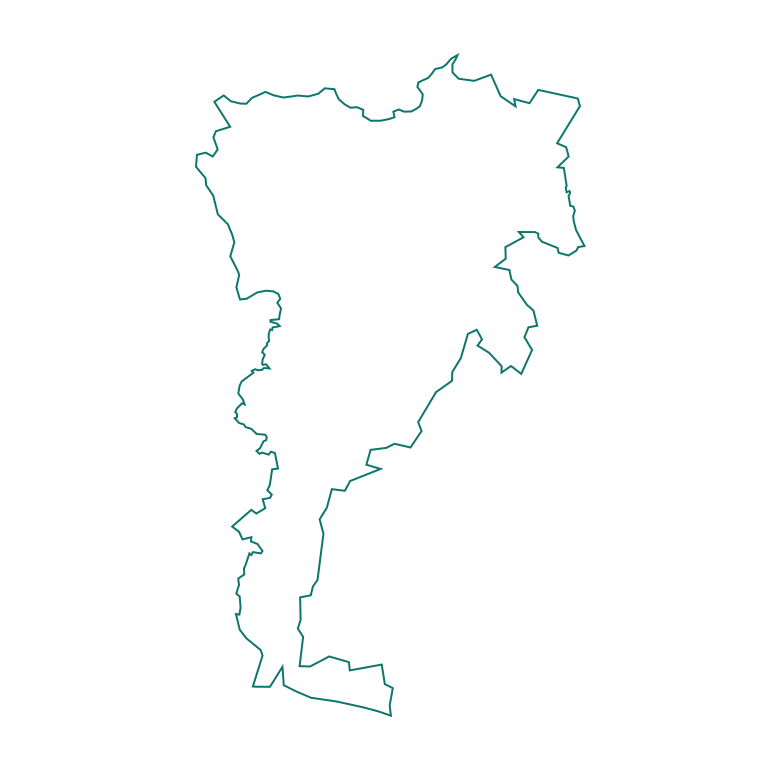 Kokkina, Nicosia, Cyprus, rotated 2°
{"feature_id": "46923920B39759064245656", "entity_name": "Kokkina", "entity_type": "district", "adm_level": 2, "iso_a3": "CYP", "parent_name": "Cyprus", "parent_adm1": "Nicosia", "projection": "mercator", "projection_center": [32.601, 35.162], "detail": "fine", "context": "isolated", "style": "outline", "palette": "teal", "viewbox_px": 768, "rotation_deg": 2, "n_neighbors": 0, "source": "geoboundaries", "source_scale": "gbopen_adm2", "svg_char_len": 3467}
<svg xmlns="http://www.w3.org/2000/svg" viewBox="0 0 768 768"><g transform="rotate(2 384 384)"><path d="M266.8,691.0L280.6,690.6L292.4,670.2L292.7,672.8L294.3,688.5L306.7,694.2L321.9,700.1L347.2,702.9L361.2,705.4L375.6,708.1L390.2,711.5L402.5,715.3L400.9,705.1L403.4,687.6L395.3,683.9L391.5,664.5L359.8,671.4L358.6,663.2L338.7,658.2L320.0,668.9L309.5,668.9L312.0,639.5L306.4,631.4L308.9,622.7L307.6,600.2L318.2,597.7L320.0,588.9L324.4,582.1L328.7,535.8L324.4,521.5L331.2,509.6L335.6,490.9L348.6,492.1L353.6,482.1L383.5,469.0L369.2,465.3L372.9,450.3L388.4,447.8L396.5,443.4L412.7,446.5L423.2,429.7L419.5,420.9L436.3,390.3L451.8,378.5L451.8,369.7L459.9,355.4L466.1,331.0L474.8,326.6L480.4,336.0L476.1,342.3L487.9,349.1L501.0,362.2L501.0,368.5L510.3,361.6L520.8,369.1L530.8,344.8L522.7,332.3L526.4,322.3L535.1,320.4L530.8,305.4L524.0,299.8L514.9,287.8L514.0,281.4L507.6,275.1L505.4,265.7L490.6,263.2L501.3,254.5L500.5,243.0L518.3,232.5L513.5,227.4L529.5,226.9L532.9,228.4L533.1,232.2L536.9,236.3L552.7,242.0L554.0,246.8L563.9,249.1L571.6,244.0L573.3,240.4L579.5,239.1L570.5,223.3L568.0,214.8L567.2,209.5L568.7,204.2L567.1,200.1L563.9,199.4L561.9,189.6L563.4,186.8L562.7,184.7L559.8,186.0L558.8,181.7L559.6,179.5L556.2,161.8L549.8,161.4L560.6,150.2L557.8,141.0L548.6,137.4L570.1,99.5L567.7,91.9L527.9,84.7L519.6,98.3L504.1,94.7L505.7,101.9L490.5,92.3L480.2,71.1L463.5,77.9L448.0,76.3L441.6,70.3L441.2,62.3L444.4,56.7L446.0,52.7L439.6,56.7L435.2,62.3L431.3,65.5L424.1,67.5L420.9,72.3L417.3,76.7L411.4,79.5L407.8,81.5L407.0,85.9L412.6,93.1L412.2,99.1L410.2,105.1L406.6,107.9L401.8,110.7L394.6,111.1L389.1,109.1L383.9,111.5L385.1,117.0L379.9,119.0L371.6,121.0L361.6,121.4L357.6,119.0L353.7,117.0L353.7,110.7L347.3,108.3L340.9,109.1L335.0,105.9L329.0,101.1L326.2,95.9L324.2,91.1L314.5,90.6L308.2,96.2L298.3,99.3L287.7,98.7L280.9,100.0L273.4,101.2L263.5,99.3L255.4,96.2L249.2,99.3L242.3,102.5L236.7,108.7L230.5,108.7L221.2,106.8L213.7,101.2L204.6,107.9L221.3,132.3L207.2,137.2L204.9,143.4L209.6,155.4L204.9,162.6L197.7,159.0L189.1,161.5L188.5,173.4L198.5,184.6L199.3,191.4L206.8,201.8L212.0,220.2L222.4,229.8L227.1,240.1L229.5,247.7L225.9,261.7L233.9,276.1L235.5,280.1L233.1,292.5L237.1,304.5L243.5,303.7L254.2,296.9L262.6,294.9L270.1,295.3L275.3,297.7L277.3,302.5L274.5,306.5L278.5,312.1L277.3,318.5L276.9,322.9L268.3,324.1L268.3,325.7L275.2,327.4L277.7,329.8L270.7,331.4L270.3,334.0L268.3,333.5L267.1,337.9L267.1,341.7L267.7,345.0L265.6,347.3L265.8,349.5L262.5,353.0L261.1,356.4L263.8,359.0L261.9,363.5L261.5,368.0L262.3,369.2L263.9,368.7L265.5,368.5L269.0,372.4L263.4,372.2L261.8,374.0L257.6,374.7L254.7,373.7L251.4,375.6L253.1,377.3L241.7,386.4L239.8,390.7L238.7,398.5L243.5,404.4L245.4,409.3L242.9,408.2L237.8,413.6L236.3,417.2L238.2,419.1L238.2,422.4L236.0,423.5L240.7,428.1L245.4,429.3L247.2,431.9L252.9,433.4L258.5,438.4L267.1,438.8L268.7,441.4L268.2,444.2L265.6,445.5L262.2,452.7L258.9,455.3L262.0,458.2L264.3,456.8L271.2,458.6L273.4,455.6L277.4,456.8L281.0,472.2L275.2,473.2L273.4,489.0L271.1,494.2L275.7,498.5L274.1,501.8L266.8,503.4L269.6,512.3L260.9,517.9L255.8,514.4L237.2,531.8L244.3,536.8L248.0,544.2L256.8,541.7L256.5,546.0L263.2,548.3L268.4,555.2L266.8,557.6L258.9,556.6L257.3,559.6L255.4,558.0L252.1,569.2L250.5,573.2L251.0,579.2L245.1,583.5L246.1,589.9L245.4,592.3L243.7,598.7L247.2,601.4L248.5,612.7L247.5,619.5L244.1,619.1L248.4,634.6L255.5,643.1L270.0,654.2L272.1,659.6L263.5,690.9L266.8,691.0Z" fill="none" stroke="#0f766e" stroke-width="2"/></g></svg>